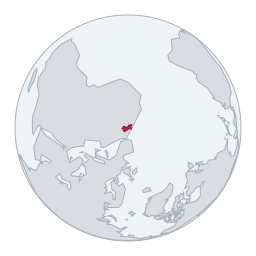 the Earth from above Souss - Massa - Draâ, rotated 171°
{"feature_id": "MAR-1455", "entity_name": "Souss - Massa - Draâ", "entity_type": "Region", "adm_level": 1, "iso_a3": "MAR", "parent_name": "Morocco", "parent_adm1": "", "projection": "orthographic", "projection_center": [-8.042, 30.523], "detail": "fine", "context": "on_globe", "style": "filled", "palette": "rose", "viewbox_px": 256, "rotation_deg": 171, "n_neighbors": 0, "source": "natural_earth", "source_scale": "10m", "svg_char_len": 10544}
<svg xmlns="http://www.w3.org/2000/svg" viewBox="0 0 256 256"><g transform="rotate(171 128 128)"><circle cx="128" cy="128" r="113" fill="#eef3f6" stroke="#a8b0b8"/><path d="M99.3,19.1L97.5,19.6L98.1,19.6L102.3,18.4L103.7,18.2L106.6,17.6L108.0,17.5L105.2,18.5L106.0,18.6L109.0,17.8L112.2,17.4L107.7,18.5L112.9,18.1L109.2,20.5L96.2,24.7L95.4,27.0L85.5,34.3L87.6,34.0L85.2,37.0L86.9,37.8L84.5,39.2L87.8,38.7L89.7,37.3L91.7,36.7L92.8,37.1L90.1,38.9L89.1,38.9L88.9,39.7L87.0,40.5L88.6,40.4L85.1,42.7L90.2,41.2L88.8,43.6L86.0,45.0L84.2,43.8L73.3,45.1L70.0,46.6L67.1,49.7L66.1,57.3L63.2,59.6L60.9,63.5L63.4,62.5L66.1,59.2L70.2,58.6L73.0,54.9L75.1,54.3L78.8,51.1L80.5,52.8L80.1,56.3L77.1,59.1L76.8,60.8L81.5,59.3L77.6,66.0L78.2,73.3L76.9,75.0L71.2,75.9L66.7,72.6L59.3,75.0L66.3,74.8L63.1,79.8L63.5,81.3L65.0,82.0L67.1,80.8L66.5,82.9L59.3,83.5L59.7,81.6L62.0,81.3L59.8,80.0L55.0,80.9L53.7,83.7L47.7,83.2L46.7,85.2L44.9,86.5L46.8,83.1L43.2,89.3L36.0,91.4L30.9,102.4L33.4,91.8L32.8,88.9L31.7,86.5L30.7,88.2L30.4,83.5L28.0,84.0L23.9,91.1L21.5,98.7L22.1,102.9L23.8,100.4L25.2,102.5L21.0,110.2L22.9,116.4L20.9,123.1L21.0,128.2L22.7,129.7L24.2,133.9L26.4,131.4L29.4,131.8L28.3,137.8L30.9,133.9L32.0,138.2L38.6,143.1L37.8,144.1L43.3,155.2L51.0,162.4L52.8,167.6L51.7,169.7L54.7,171.8L54.8,173.6L68.5,181.4L76.8,187.9L77.3,193.5L72.1,197.9L71.2,208.8L62.9,208.8L63.4,212.5L61.4,215.7L56.0,212.4L60.3,216.4L59.5,216.7L56.7,214.8L58.6,216.6L56.7,215.2L59.7,217.5L59.8,217.6L52.2,211.3L45.2,204.4L43.0,201.6L34.3,186.0L31.9,181.4L27.0,173.3L20.8,154.8L21.2,150.4L20.4,146.6L23.0,141.9L23.2,133.2L22.5,130.9L21.2,132.5L19.6,123.3L20.2,115.9L21.5,92.4L23.0,87.9L25.1,83.1L36.3,62.9L26.5,79.4L28.8,74.7L32.7,68.0L33.0,67.7L38.9,59.3L42.4,54.8L51.0,45.9L60.9,38.6L58.2,40.7L60.9,39.0L64.4,36.3L66.0,35.0L79.9,27.8L92.1,22.2L93.8,21.1L95.1,21.1L96.9,19.7L97.1,19.7L99.3,19.1ZM29.1,105.7L31.4,116.1L28.6,113.7L29.4,113.3L29.2,109.9L28.2,105.4L26.2,103.8L29.1,105.7ZM33.5,102.3L33.0,100.9L33.7,101.8L33.5,102.3ZM66.5,34.6L64.3,36.4L60.6,39.0L62.3,37.5L66.5,34.6ZM73.7,30.2L73.1,30.8L70.2,32.2L71.4,31.4L73.7,30.2ZM94.7,20.5L92.6,21.2L94.1,20.7L94.7,20.5ZM106.8,17.5L106.9,17.4L108.3,17.2L106.8,17.5ZM77.6,50.5L78.2,50.8L77.2,51.2L77.6,50.5ZM78.7,48.9L77.2,49.1L77.5,48.4L78.4,48.3L78.7,48.9ZM111.8,16.9L114.0,16.7L111.2,17.1L111.8,16.9ZM80.6,48.8L78.2,47.1L78.7,45.9L82.8,44.5L80.6,48.8ZM115.0,16.7L120.6,16.4L121.3,16.1L122.3,17.1L117.3,16.8L113.7,17.2L115.5,16.8L115.0,16.7ZM89.7,36.7L87.9,38.2L88.4,36.6L89.7,36.7ZM89.6,35.8L88.2,32.2L91.6,30.4L91.3,31.8L94.8,29.4L97.1,30.2L95.7,31.8L93.1,32.7L96.0,32.4L89.6,35.8ZM122.0,17.8L122.9,18.0L121.4,18.0L122.0,17.8ZM92.6,36.3L92.0,35.7L94.8,34.0L96.5,35.0L95.0,35.2L92.6,36.3ZM94.6,28.4L97.0,27.5L99.5,27.9L100.8,27.6L97.4,30.1L94.6,28.4ZM95.0,35.8L97.3,35.6L97.0,36.9L93.3,36.9L95.0,35.8ZM94.9,33.2L96.3,32.5L96.1,33.2L94.9,33.2ZM97.1,41.6L96.4,40.6L97.8,39.6L97.1,41.6ZM98.1,35.5L98.2,35.1L98.7,34.6L100.1,34.8L98.1,35.5ZM99.4,30.3L100.0,30.7L100.9,29.3L102.9,29.7L100.3,31.3L102.2,30.8L102.8,30.9L100.0,32.2L99.4,30.3ZM103.0,33.7L100.3,36.2L101.4,38.1L100.2,39.0L98.7,35.8L103.0,33.7ZM101.5,32.6L102.1,33.5L100.3,34.0L98.7,33.9L101.5,32.6ZM105.1,29.4L102.8,28.3L103.5,28.0L105.1,29.4ZM103.7,34.1L104.3,33.5L103.9,34.1L103.7,34.1ZM105.1,30.7L104.2,30.3L104.9,29.9L105.1,30.7ZM106.3,32.7L105.4,33.4L104.3,33.3L106.3,32.7ZM106.0,31.7L107.3,31.3L104.4,32.8L105.5,31.5L106.0,31.7ZM105.9,30.4L106.1,30.1L106.2,30.6L105.9,30.4ZM111.0,32.9L107.6,34.9L105.2,34.5L108.8,32.6L111.0,32.9ZM141.6,16.2L134.8,15.7L139.4,16.0L139.7,16.1L142.2,16.4L145.3,16.7L144.8,16.6L156.8,19.2L167.0,22.3L164.9,21.6L172.3,24.4L179.5,27.8L186.5,31.7L193.1,36.1L199.4,40.9L205.4,46.1L211.0,51.8L216.1,57.8L220.8,64.2L225.1,70.9L228.9,77.9L232.2,85.2L230.5,81.8L232.4,87.8L236.3,103.0L238.7,112.6L239.2,118.9L235.1,109.3L231.5,101.3L231.1,104.1L226.0,100.2L220.3,107.3L218.5,105.6L217.6,108.2L213.9,108.3L210.7,105.4L208.9,107.2L217.0,114.8L218.8,112.8L219.0,107.0L221.0,110.3L224.5,111.1L224.1,123.8L214.0,141.5L211.4,134.7L195.4,119.5L195.0,116.9L194.8,116.7L194.5,116.2L194.7,120.7L191.4,117.5L201.7,129.2L204.2,135.0L213.9,142.1L213.4,143.7L216.1,144.5L222.6,136.5L223.0,139.0L220.9,152.9L210.4,174.6L210.9,183.3L208.6,191.6L200.1,200.3L198.8,205.5L194.1,209.2L192.4,212.3L187.5,216.7L180.0,221.6L169.5,224.9L170.4,222.6L167.6,219.0L164.3,207.4L168.7,200.2L168.4,195.2L160.6,184.6L162.5,177.2L160.0,174.6L155.1,176.2L152.0,172.9L148.9,173.3L128.1,177.7L120.8,173.1L109.9,157.9L112.9,151.7L111.8,144.3L131.4,117.7L137.4,118.6L155.0,112.5L157.5,113.0L157.5,119.2L172.4,123.1L174.7,117.2L186.1,117.5L192.4,114.6L191.0,103.0L180.7,107.3L176.9,102.9L183.5,94.9L192.2,91.4L191.0,89.6L183.8,87.7L184.1,83.1L181.1,86.8L183.6,88.1L181.8,90.6L179.4,89.6L179.6,87.9L176.5,88.2L176.4,96.6L178.9,98.8L171.8,102.8L175.4,107.1L174.1,110.1L167.6,104.1L166.9,101.3L156.4,95.7L156.5,98.9L166.4,104.5L164.1,104.5L164.3,109.4L162.3,105.7L151.5,99.3L143.9,102.7L137.3,115.7L132.2,117.3L126.7,115.5L126.1,103.6L137.4,101.4L137.3,97.6L132.5,92.8L136.3,92.7L135.7,90.6L139.8,89.7L142.9,83.9L146.6,82.6L145.5,76.3L147.2,74.9L147.4,79.0L149.5,81.3L158.5,78.5L159.5,76.8L158.0,73.0L160.6,73.0L158.0,69.7L162.0,66.7L155.0,67.7L153.1,63.8L154.1,60.1L152.2,59.1L150.5,65.3L151.0,67.7L153.4,69.4L153.5,76.6L150.9,78.5L146.1,72.0L141.9,74.2L139.9,68.5L145.8,54.5L149.5,51.0L160.6,52.7L161.2,55.4L157.4,56.0L163.1,58.7L161.6,56.9L163.8,57.0L162.5,53.7L164.0,53.6L160.2,50.7L161.9,50.2L164.3,52.1L163.8,47.3L166.6,45.8L165.8,44.8L164.1,44.1L168.9,42.9L168.1,42.3L166.2,42.3L163.3,41.1L160.1,38.7L162.0,38.4L163.4,39.2L169.0,40.8L172.5,43.4L172.9,43.1L170.3,40.8L163.4,38.8L161.0,37.4L164.2,38.0L162.8,37.7L162.2,36.9L163.3,36.0L159.7,35.3L150.2,28.6L151.3,26.5L155.3,27.5L150.5,23.5L152.2,22.1L150.4,22.1L147.0,20.6L146.4,21.0L145.4,20.9L136.3,18.1L135.6,17.4L129.7,16.8L128.8,16.9L129.0,17.3L122.3,17.1L121.3,16.1L123.4,15.9L121.4,15.7L126.4,15.5L129.6,15.4L136.3,15.7L137.1,15.7L141.6,16.2ZM126.9,131.3L126.9,133.6L126.9,131.3ZM203.1,93.4L207.2,90.8L202.5,85.5L203.7,84.2L201.6,83.0L202.1,85.2L196.7,81.7L197.4,78.6L195.4,76.1L193.9,76.9L193.5,83.4L201.2,88.2L201.5,91.5L203.1,93.4ZM38.9,143.2L39.6,144.9L38.4,144.2L38.9,143.2ZM27.5,115.7L28.3,117.0L28.5,118.5L27.7,117.9L27.5,115.7ZM36.4,125.1L37.7,126.8L36.0,126.0L36.4,125.1ZM31.9,117.6L35.3,123.9L32.0,123.1L30.0,119.2L31.8,120.5L31.9,117.6ZM31.5,105.1L31.9,106.3L31.2,107.1L31.5,105.1ZM34.0,102.9L33.7,102.8L33.9,101.5L34.0,102.9ZM63.5,79.7L64.1,79.8L65.2,80.9L64.0,81.1L63.5,79.7ZM74.6,81.8L73.3,85.2L73.3,82.8L71.4,83.7L69.0,79.9L76.2,75.8L73.3,78.2L74.6,81.8ZM67.8,74.2L68.5,76.8L67.5,74.2L67.8,74.2ZM128.5,81.1L130.7,82.1L130.4,84.6L125.6,87.1L126.1,83.3L128.5,81.1ZM133.9,83.0L130.4,76.3L133.1,74.8L132.2,76.7L134.4,76.4L133.4,79.5L139.5,84.9L139.6,87.6L130.9,90.1L133.7,87.7L131.4,86.7L133.9,83.0ZM116.4,64.5L115.0,62.3L122.9,61.8L123.4,63.9L118.7,66.3L115.4,65.1L116.4,64.5ZM88.2,46.9L87.1,46.6L87.9,46.0L89.4,45.8L88.2,46.9ZM96.7,41.2L93.7,47.8L92.3,47.7L92.3,52.0L88.6,53.6L88.7,50.7L85.9,55.3L84.5,53.3L83.0,56.6L83.7,49.9L82.4,48.6L85.3,49.4L88.7,48.0L89.8,46.9L91.9,43.1L90.7,39.7L94.0,38.0L96.5,37.7L97.3,38.2L95.0,39.1L97.7,39.2L94.9,40.9L96.7,41.2ZM124.8,38.8L121.8,39.0L126.8,40.7L124.0,41.9L124.8,42.1L123.6,43.8L123.4,46.1L121.9,46.5L122.5,47.3L121.7,48.5L122.0,49.8L119.3,50.9L119.5,52.6L118.1,52.2L119.2,54.8L117.2,53.4L116.0,55.1L118.5,55.6L103.4,59.9L98.5,63.4L95.5,67.2L92.6,64.5L93.5,59.5L96.6,54.0L101.7,51.3L99.5,50.7L101.2,49.3L102.3,50.3L101.7,48.0L103.5,47.2L106.2,43.1L104.4,40.6L105.4,39.2L107.0,39.8L106.8,38.0L110.5,38.3L111.3,37.3L115.7,36.8L118.3,38.7L119.0,37.5L122.3,37.2L124.8,38.8ZM112.2,32.8L116.0,34.5L116.3,36.1L108.5,36.5L107.3,37.3L102.3,37.9L101.9,35.7L103.4,35.7L104.7,35.2L104.3,36.0L105.6,35.0L107.7,35.0L109.3,34.2L110.1,35.0L112.2,32.8ZM159.2,110.2L160.9,110.1L163.4,109.1L163.5,112.3L159.2,110.2ZM151.7,105.9L153.1,105.2L154.6,108.9L152.8,109.2L151.7,105.9ZM152.7,101.7L153.1,104.8L151.8,103.3L152.7,101.7ZM148.6,78.2L149.9,77.3L150.5,78.1L150.3,79.7L148.6,78.2ZM138.9,45.3L137.1,44.9L137.2,44.4L134.4,42.3L136.2,41.4L138.7,42.3L138.9,45.3ZM190.0,105.6L188.9,108.5L187.6,107.9L188.2,107.0L190.0,105.6ZM176.1,110.9L179.9,111.1L176.1,111.8L176.1,110.9ZM140.4,44.0L139.1,43.2L140.8,43.3L140.4,44.0ZM137.4,40.6L139.3,40.5L136.1,41.0L137.4,40.6ZM220.7,182.3L211.8,198.6L208.5,200.9L209.5,197.6L213.8,188.5L218.1,183.6L220.6,178.5L220.7,182.3ZM238.9,113.2L239.9,117.4L240.0,119.5L238.9,113.2ZM154.0,37.0L155.9,40.7L158.5,43.3L161.9,44.2L158.0,44.7L154.0,40.8L154.0,37.0ZM150.5,29.5L147.6,29.0L148.2,28.4L149.0,28.4L150.5,29.5ZM149.1,29.8L146.7,30.8L144.6,30.0L147.0,29.3L149.1,29.8ZM143.7,36.9L144.1,38.0L142.7,37.9L143.7,36.9ZM123.7,17.8L123.0,18.0L122.8,17.7L123.7,17.8ZM145.1,21.2L143.6,21.0L143.5,20.6L145.1,21.2ZM139.3,20.4L140.6,21.0L138.5,20.5L139.3,20.4ZM143.5,22.4L140.7,21.3L144.4,22.2L143.5,22.4Z" fill="#d9dde1" stroke="#a8b0b8" stroke-width="1"/><path d="M133.6,128.5L133.4,128.6L133.2,128.7L133.1,128.9L132.9,129.0L132.7,129.2L132.6,129.4L132.5,129.7L132.3,129.9L132.1,130.0L132.0,129.9L131.9,129.7L131.7,129.8L131.3,129.8L131.0,129.8L130.9,129.8L130.7,129.3L130.6,129.2L130.8,129.0L130.8,128.9L130.7,128.9L130.5,128.6L130.5,128.4L130.5,128.2L130.3,128.1L130.2,128.1L129.9,128.3L129.7,128.3L129.4,128.3L129.3,128.5L129.2,128.6L128.9,128.6L128.7,128.6L128.5,128.8L128.2,128.8L128.0,129.0L127.9,129.1L127.7,129.0L127.4,129.1L127.2,129.1L126.9,129.2L126.9,129.3L126.9,129.5L126.9,129.8L126.9,130.0L127.0,130.1L126.9,130.2L126.6,130.1L126.4,130.1L126.2,130.2L126.1,130.3L125.8,130.3L125.7,130.3L125.4,130.4L125.2,130.4L125.0,130.5L124.9,130.6L124.7,130.6L124.5,130.8L124.4,130.8L124.3,130.7L124.2,130.7L124.1,130.4L124.3,130.3L124.3,130.2L124.5,130.0L124.5,129.9L124.6,129.7L125.0,129.3L125.1,129.0L125.3,128.8L125.3,128.7L125.3,128.4L125.3,128.2L125.2,128.1L125.2,127.9L124.9,127.8L124.9,127.7L125.0,127.5L125.0,127.4L125.0,127.1L125.2,127.3L125.3,127.4L125.5,127.3L125.8,127.3L126.0,127.4L126.3,127.3L126.4,127.2L126.6,127.1L126.8,127.2L126.8,127.3L127.1,127.3L127.5,127.3L127.7,127.2L127.8,127.1L128.0,127.2L128.3,126.9L128.5,126.7L129.2,126.4L129.3,126.3L129.4,126.2L129.5,126.2L129.6,126.3L129.8,126.3L130.1,126.3L130.2,126.2L130.6,125.9L130.8,125.8L131.3,125.6L131.6,125.3L131.7,125.2L132.0,125.1L132.1,125.3L131.9,125.6L131.9,125.8L132.0,125.8L132.3,125.8L132.7,126.1L132.7,126.4L132.6,126.8L132.6,127.0L132.5,127.3L132.6,127.5L132.8,127.7L132.8,127.8L132.8,128.0L133.0,128.1L133.3,128.3L133.6,128.5Z" fill="#f43f5e" stroke="#9f1239" stroke-width="1.5"/></g></svg>